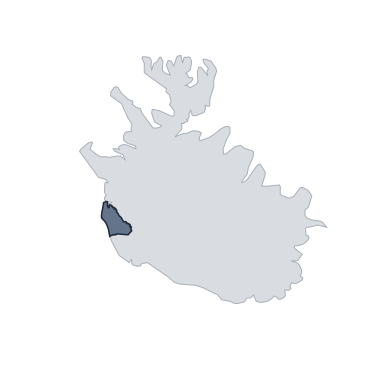 location of Rangárþing eystra, Suðurland, Iceland, rotated 55°
{"feature_id": "244011B21062297179388", "entity_name": "Rangárþing eystra", "entity_type": "district", "adm_level": 2, "iso_a3": "ISL", "parent_name": "Iceland", "parent_adm1": "Suðurland", "projection": "orthographic", "projection_center": [-19.715, 63.654], "detail": "fine", "context": "in_parent", "style": "filled", "palette": "slate", "viewbox_px": 384, "rotation_deg": 55, "n_neighbors": 0, "source": "geoboundaries", "source_scale": "gbopen_adm2", "svg_char_len": 7406}
<svg xmlns="http://www.w3.org/2000/svg" viewBox="0 0 384 384"><g transform="rotate(55 192 192)"><path d="M275.7,112.8L278.6,112.9L283.0,110.5L289.2,103.9L291.9,102.3L298.2,101.8L291.0,108.3L288.6,115.0L286.6,118.4L286.8,119.8L292.6,123.3L295.1,121.8L296.3,122.2L297.5,124.0L298.5,127.6L298.3,131.5L297.0,135.4L295.1,138.8L295.5,139.8L297.3,140.2L306.3,137.5L307.7,142.1L308.6,143.6L308.5,145.2L305.3,150.6L309.3,147.0L312.6,145.9L318.6,146.9L321.1,148.5L322.8,151.6L325.6,150.4L327.1,152.1L327.3,154.0L326.6,159.5L323.3,162.5L325.8,166.2L327.6,166.1L328.0,167.0L328.0,169.3L325.5,172.2L330.3,174.8L330.9,175.9L331.0,179.3L330.4,181.4L329.2,182.7L326.0,183.1L324.1,184.6L325.0,186.7L324.9,192.5L322.8,197.5L320.6,200.3L318.4,202.1L311.8,200.8L312.4,204.9L310.3,207.7L310.9,209.8L311.8,210.8L311.6,213.5L309.1,219.4L307.1,221.4L303.0,223.9L297.3,229.5L291.1,229.9L276.3,238.2L270.5,242.5L260.3,255.0L255.8,258.3L248.0,260.2L224.5,268.9L222.0,273.6L221.9,274.6L223.0,276.4L221.3,279.8L217.7,282.3L216.0,282.3L213.0,280.3L212.7,281.3L213.9,283.8L202.2,288.1L185.9,286.1L171.5,280.4L160.1,279.2L152.1,271.0L152.0,269.8L152.8,267.3L155.7,266.4L154.4,263.9L149.5,268.1L148.0,267.9L145.9,266.2L145.9,264.5L141.9,263.8L135.0,258.5L134.6,257.3L136.2,255.7L135.9,255.4L132.2,255.5L126.6,260.1L94.2,260.8L93.2,258.3L92.3,249.0L93.6,245.2L94.9,245.6L98.5,251.0L107.2,248.4L110.8,246.6L114.2,241.7L116.1,240.1L118.9,233.8L121.6,230.0L127.1,228.3L122.3,227.1L114.1,231.9L111.4,231.8L112.7,229.6L115.6,227.2L113.7,227.0L113.0,225.8L113.0,223.4L114.5,219.6L124.2,213.2L122.0,211.8L115.3,216.8L110.5,218.4L106.7,215.9L105.0,212.6L105.2,211.2L107.6,207.2L107.3,206.4L105.7,206.0L101.7,202.1L95.1,202.1L79.0,199.1L66.4,203.6L63.6,201.0L61.6,195.7L62.2,193.7L64.4,192.7L70.4,193.2L79.3,191.3L83.5,188.5L85.0,189.3L85.6,190.8L91.1,188.9L94.1,186.3L98.9,187.8L117.2,187.2L119.7,183.8L120.7,179.6L120.4,178.8L113.6,182.4L112.0,182.2L104.4,179.9L101.7,177.5L102.7,175.7L107.0,171.9L117.6,165.7L119.0,164.5L119.2,162.9L115.3,159.9L107.5,160.4L105.7,157.0L99.3,154.8L95.0,155.8L92.8,153.7L67.0,162.7L59.2,157.3L53.4,156.1L53.0,154.6L56.7,150.2L59.1,149.5L61.4,150.1L65.6,153.6L68.7,154.9L65.1,149.9L65.2,145.3L64.1,144.1L63.2,141.0L63.7,140.0L68.3,140.9L75.3,146.6L78.9,145.9L83.8,142.8L73.4,140.3L70.5,136.0L72.9,134.0L78.3,134.6L72.7,127.1L72.5,125.8L73.7,122.7L81.1,125.9L77.4,121.5L77.3,120.5L78.5,119.8L79.3,117.3L81.2,116.4L84.9,117.5L90.5,122.7L91.2,124.1L91.2,129.1L93.5,128.4L96.3,129.2L98.7,126.0L100.2,126.8L101.3,129.9L100.9,136.5L102.6,134.3L105.3,134.2L106.0,128.8L105.7,124.4L97.0,118.9L93.7,115.1L94.1,113.9L95.9,112.9L105.2,112.4L101.4,110.1L100.5,107.8L93.5,108.3L90.0,107.2L89.9,106.1L91.4,104.5L95.8,101.3L103.9,101.4L107.1,102.5L113.0,110.2L117.9,113.5L126.0,123.9L131.3,128.0L131.5,129.0L130.6,130.1L128.5,131.4L131.6,133.3L133.5,136.0L133.6,137.1L131.6,145.3L129.5,147.9L124.5,146.2L125.6,148.9L129.1,151.7L129.9,153.3L129.3,154.8L131.1,154.4L131.6,155.3L130.7,159.9L129.7,161.6L132.7,162.6L134.8,165.0L137.1,174.4L138.6,167.2L139.4,164.6L140.7,163.6L142.3,156.3L145.8,152.0L149.0,150.5L152.2,155.6L154.6,156.1L157.1,147.1L157.5,140.5L156.8,133.2L157.3,128.0L158.9,124.9L161.0,123.9L165.5,127.1L169.2,134.3L174.9,142.2L178.9,144.2L179.6,144.0L180.2,141.4L179.6,131.0L181.4,125.5L186.1,124.1L193.0,118.9L194.6,118.7L198.1,121.6L204.5,131.9L209.1,136.7L211.6,144.4L212.7,145.8L213.6,143.4L213.6,139.9L207.8,124.0L207.7,121.9L208.2,120.1L217.8,120.7L220.0,122.4L227.0,131.4L230.2,127.5L236.3,116.5L238.5,116.7L244.2,120.9L246.4,120.4L252.7,116.1L253.9,111.0L250.6,100.9L251.6,98.8L257.4,95.9L263.9,96.1L271.1,105.2L271.6,109.6L275.7,112.8Z" fill="#d9dde1" stroke="#a8b0b8" stroke-width="1"/><path d="M183.5,277.2L190.4,268.9L189.5,265.2L189.5,264.2L189.3,263.9L189.2,263.8L189.0,263.7L188.7,263.5L188.5,263.4L188.4,263.4L188.1,263.5L187.9,263.7L187.6,263.6L187.5,263.4L187.3,263.3L187.2,263.3L187.2,263.2L186.9,263.0L186.8,262.9L186.6,262.9L186.4,262.7L186.1,262.6L186.3,262.4L186.4,262.2L186.2,261.9L185.9,261.9L185.9,262.1L185.7,262.2L185.6,262.3L185.5,262.1L185.4,262.2L185.1,262.1L184.9,262.2L184.9,262.3L184.7,262.2L184.6,262.3L184.4,262.6L184.1,262.6L183.9,262.4L183.9,262.2L184.0,262.0L183.9,262.0L183.9,261.9L183.9,261.7L183.7,261.5L183.3,261.6L183.2,261.6L182.8,261.6L182.7,261.7L182.6,261.8L182.4,261.7L182.2,261.8L182.1,262.0L182.0,262.3L181.9,262.4L181.7,262.3L181.4,262.5L181.2,262.7L180.9,262.9L180.8,263.0L180.8,262.9L180.7,263.0L180.4,263.0L180.2,263.0L179.9,263.1L179.7,263.0L179.4,263.2L179.4,263.3L179.2,263.2L178.6,263.1L178.4,263.2L178.2,263.4L178.1,263.5L177.9,263.7L177.2,265.2L172.6,264.6L169.4,265.3L167.1,264.8L166.7,265.0L166.4,265.0L166.2,265.2L166.1,265.3L165.8,265.3L165.7,265.3L165.1,265.2L165.0,265.3L164.9,265.3L164.9,265.2L164.8,264.8L164.7,264.6L164.5,264.4L164.4,264.4L164.2,264.3L163.9,264.2L163.7,264.3L163.4,264.3L163.4,264.2L163.2,264.2L162.9,264.2L162.7,264.2L162.7,264.4L162.6,264.5L162.5,264.4L162.4,264.3L162.2,264.4L161.9,264.3L161.9,264.2L161.7,264.2L161.6,264.3L161.4,264.3L161.2,264.3L161.1,264.5L161.1,264.8L161.1,265.0L160.9,264.8L160.9,264.7L161.0,264.6L160.9,264.6L160.7,264.7L160.7,264.9L160.6,265.0L160.4,264.9L160.3,265.0L160.1,264.9L160.1,265.0L159.8,265.1L159.7,265.1L159.7,265.3L159.4,265.3L159.2,265.4L159.2,265.6L159.3,265.7L159.2,265.8L159.0,265.7L158.8,265.5L158.7,265.5L158.2,265.7L157.9,265.7L157.8,265.8L157.6,265.8L157.5,265.6L157.4,265.5L157.2,265.5L156.8,265.9L156.7,265.7L156.5,265.8L156.4,265.9L156.2,266.0L156.3,266.0L156.2,266.3L156.2,266.5L155.8,266.6L155.8,266.8L155.7,266.9L155.4,266.8L155.5,267.0L155.4,267.1L155.4,267.3L155.5,267.4L155.7,267.9L155.8,267.9L156.4,268.5L156.8,268.5L157.0,268.7L157.1,268.8L157.0,269.5L155.2,269.3L153.1,268.0L152.1,267.2L151.5,266.9L151.3,267.1L150.8,267.5L150.6,267.7L150.5,267.9L150.4,268.0L150.3,268.3L150.3,268.6L150.3,268.8L150.3,269.2L150.3,269.3L150.3,269.5L150.1,269.9L150.1,270.1L149.9,270.4L150.4,271.0L150.6,271.1L150.9,271.4L151.0,271.4L151.4,271.8L153.1,273.5L153.5,273.8L153.6,274.0L153.9,274.2L154.1,274.5L154.3,274.7L154.6,275.0L154.8,275.2L155.0,275.4L155.3,275.7L155.4,275.9L155.7,276.2L156.1,276.6L156.3,276.8L156.8,277.3L157.0,277.4L157.2,277.6L157.4,277.8L157.5,278.0L157.9,278.3L158.2,278.6L158.3,278.7L158.7,279.1L158.9,279.2L159.0,279.4L159.3,279.6L159.5,279.7L159.6,279.8L159.8,279.9L160.0,280.1L160.3,280.3L160.5,280.4L160.9,280.5L161.2,280.6L162.1,280.7L162.2,280.8L162.3,281.0L162.3,280.9L162.2,280.8L162.2,280.7L162.3,280.7L162.5,280.7L162.5,280.8L162.4,280.9L162.5,280.9L162.5,280.7L162.7,280.8L163.3,280.8L163.5,280.8L163.7,280.7L164.2,280.5L164.8,280.4L165.0,280.4L165.5,280.4L166.5,280.3L167.6,280.3L168.6,280.4L169.1,280.5L169.4,280.6L169.6,280.6L170.0,280.6L170.6,280.8L170.8,280.8L171.8,281.0L173.1,281.4L173.6,281.5L174.0,281.7L174.3,281.8L175.4,282.2L175.8,282.3L176.3,282.6L176.6,282.6L176.9,282.8L177.6,283.1L178.1,283.4L178.8,283.7L179.0,283.8L179.4,284.1L179.9,284.3L180.6,284.6L181.2,284.9L181.2,284.1L181.2,283.9L181.2,283.3L181.2,283.1L181.3,282.9L181.4,282.6L181.6,282.4L181.6,282.2L181.7,281.9L181.6,281.7L181.8,281.5L181.8,281.4L181.8,281.2L181.8,280.9L182.1,280.5L182.2,280.3L182.4,280.3L182.7,280.2L182.8,280.0L182.8,279.9L182.9,279.7L183.0,279.5L183.0,279.4L183.0,279.2L183.0,278.8L183.0,278.6L183.3,278.5L183.3,278.3L183.4,278.2L183.3,277.9L183.4,277.7L183.5,277.6L183.5,277.4L183.5,277.2Z" fill="#64748b" stroke="#1e293b" stroke-width="1.5"/></g></svg>